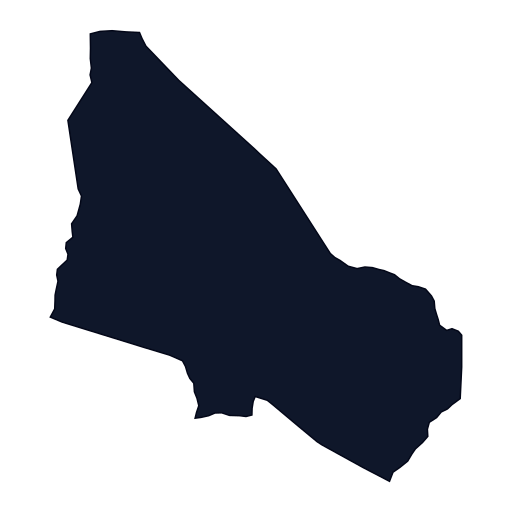 Itaquara, Bahia, Brazil
{"feature_id": "56859067B54968258878659", "entity_name": "Itaquara", "entity_type": "district", "adm_level": 2, "iso_a3": "BRA", "parent_name": "Brazil", "parent_adm1": "Bahia", "projection": "orthographic", "projection_center": [-39.89, -13.439], "detail": "fine", "context": "isolated", "style": "filled", "palette": "ink", "viewbox_px": 512, "rotation_deg": 0, "n_neighbors": 0, "source": "geoboundaries", "source_scale": "gbopen_adm2", "svg_char_len": 1446}
<svg xmlns="http://www.w3.org/2000/svg" viewBox="0 0 512 512"><path d="M276.1,168.9L259.1,153.3L254.6,149.0L178.8,80.4L145.9,46.1L142.0,38.5L139.5,32.5L126.3,31.9L112.1,30.7L100.0,31.4L90.3,33.9L90.5,48.3L90.3,58.6L91.4,68.1L90.1,74.9L91.9,82.6L67.9,120.3L78.2,188.9L81.5,196.0L80.3,204.2L78.9,209.3L77.1,215.8L71.6,223.8L72.2,231.4L72.9,237.2L66.3,242.6L65.7,248.5L68.0,254.2L67.2,260.1L61.9,265.0L57.4,269.3L56.7,275.0L58.0,281.2L56.1,290.0L55.1,295.1L55.0,301.1L54.7,308.9L50.3,317.1L62.2,322.1L144.3,347.5L164.2,353.5L169.5,355.1L182.5,360.8L185.5,366.5L187.5,373.3L189.9,378.5L193.8,383.2L194.4,391.8L197.0,398.3L198.8,405.7L196.5,412.5L195.1,418.2L201.0,417.4L208.7,415.7L215.0,413.0L221.7,412.8L229.5,415.4L239.7,415.7L246.0,416.5L251.9,415.0L252.1,408.3L253.2,401.4L255.2,396.5L267.3,400.3L272.9,404.8L299.1,426.8L317.1,441.7L322.0,444.9L363.2,467.6L389.5,481.3L393.0,472.2L399.9,467.4L407.7,461.1L411.9,454.0L415.4,448.9L422.6,442.4L427.8,436.4L427.4,429.2L429.3,422.3L436.6,417.6L441.2,412.0L447.5,408.9L451.9,404.7L460.2,398.6L461.3,375.5L461.7,367.1L461.7,335.2L458.3,331.2L452.0,328.7L446.7,330.4L439.6,325.2L438.2,319.6L436.5,314.3L434.8,308.5L434.2,301.1L431.5,296.0L425.5,289.1L418.3,286.7L412.1,285.7L405.2,282.0L399.4,278.7L394.5,274.7L389.7,272.9L384.0,270.6L379.0,269.5L372.4,267.6L364.9,267.0L357.1,268.6L348.1,266.2L340.0,260.4L334.8,257.5L330.3,253.5L276.1,168.9Z" fill="#0f172a" stroke="#020617" stroke-width="1.5"/></svg>